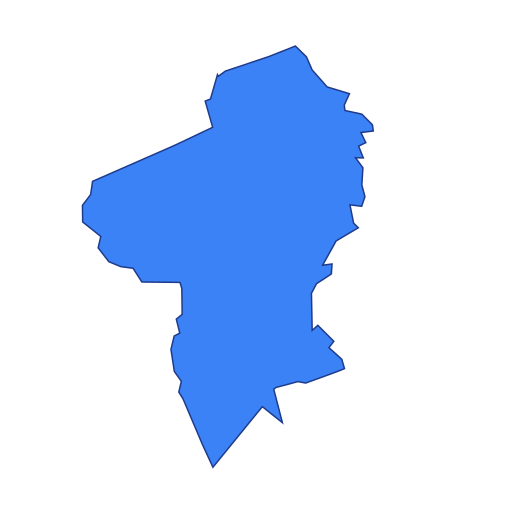 outline of Chalan Pago-Ordot, Guam, rotated 251°
{"feature_id": "77769853B20896286289421", "entity_name": "Chalan Pago-Ordot", "entity_type": "district", "adm_level": 2, "iso_a3": "GUM", "parent_name": "Guam", "parent_adm1": "", "projection": "mercator", "projection_center": [144.769, 13.441], "detail": "fine", "context": "isolated", "style": "filled", "palette": "blue", "viewbox_px": 512, "rotation_deg": 251, "n_neighbors": 0, "source": "geoboundaries", "source_scale": "gbopen_adm2", "svg_char_len": 1080}
<svg xmlns="http://www.w3.org/2000/svg" viewBox="0 0 512 512"><g transform="rotate(251 256 256)"><path d="M298.5,115.0L289.9,124.8L284.4,135.8L268.6,139.6L255.8,175.5L249.4,175.3L224.9,167.2L222.3,160.1L207.9,158.8L207.0,152.6L195.4,145.2L173.5,141.2L161.8,144.6L152.5,138.7L144.6,140.5L94.9,144.0L70.3,146.5L111.5,212.9L89.8,226.7L124.2,229.4L125.2,232.0L123.6,254.7L119.7,261.6L120.3,295.6L120.7,303.0L130.4,303.5L145.6,295.1L150.0,301.8L170.3,291.9L167.4,284.9L202.7,296.3L210.1,304.2L214.5,321.4L223.7,325.3L225.6,316.0L244.2,336.7L249.4,361.9L255.3,359.0L273.8,361.5L268.6,372.1L276.6,378.3L288.7,379.2L304.6,385.8L316.5,382.1L313.8,389.4L326.5,388.8L327.4,396.7L338.6,395.4L336.0,407.6L342.2,408.8L355.7,402.2L364.6,387.5L370.0,388.6L379.0,397.2L392.7,378.3L397.1,376.5L413.8,369.6L415.9,369.5L427.9,368.5L441.7,361.6L440.4,332.9L440.8,287.2L438.2,278.9L440.0,278.6L419.3,264.1L419.0,258.4L391.8,256.9L387.3,216.8L386.8,211.3L379.8,125.8L367.9,119.6L360.4,108.4L344.6,103.2L325.0,115.6L315.1,109.4L298.5,115.0Z" fill="#3b82f6" stroke="#1e3a8a" stroke-width="1.5"/></g></svg>